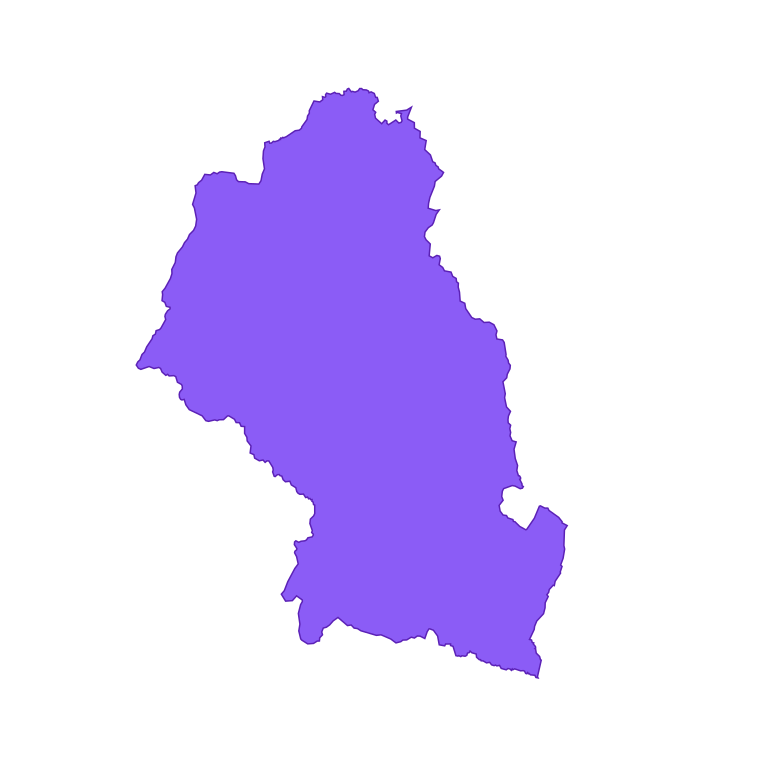 Nopphitam, Nakhon Si Thammarat, Thailand, rotated 20°
{"feature_id": "78962969B39887393521722", "entity_name": "Nopphitam", "entity_type": "district", "adm_level": 2, "iso_a3": "THA", "parent_name": "Thailand", "parent_adm1": "Nakhon Si Thammarat", "projection": "robinson", "projection_center": [99.71, 8.761], "detail": "fine", "context": "isolated", "style": "filled", "palette": "violet", "viewbox_px": 768, "rotation_deg": 20, "n_neighbors": 0, "source": "geoboundaries", "source_scale": "gbopen_adm2", "svg_char_len": 6158}
<svg xmlns="http://www.w3.org/2000/svg" viewBox="0 0 768 768"><g transform="rotate(20 384 384)"><path d="M144.7,450.9L147.8,453.2L150.5,453.4L157.3,447.9L162.6,448.1L166.7,445.5L168.7,445.8L171.4,448.7L176.0,450.5L177.4,448.9L179.3,449.9L183.7,448.0L185.8,448.3L189.3,453.0L193.8,453.7L195.0,454.8L196.2,457.6L194.8,461.5L195.1,463.8L196.4,466.5L198.2,468.0L199.6,468.1L201.5,466.8L204.9,471.3L209.8,474.7L224.0,476.1L229.1,479.4L231.9,479.1L237.3,475.6L239.8,475.5L241.3,474.0L245.4,472.4L247.8,467.6L249.0,467.0L255.6,468.3L258.2,470.8L261.5,469.8L264.2,472.6L267.6,471.7L269.9,478.1L273.4,481.0L274.9,484.3L280.2,487.7L281.8,494.6L285.9,494.9L287.8,497.9L293.1,498.8L296.3,496.8L299.1,498.3L300.3,496.3L302.1,495.7L308.0,500.4L309.3,502.7L309.4,504.7L312.4,508.3L313.4,508.2L314.8,505.7L316.6,504.9L317.6,505.7L319.5,505.5L321.9,508.4L324.8,509.6L328.8,507.6L331.4,510.5L336.6,511.6L338.8,514.9L340.7,516.1L342.7,516.4L346.0,515.0L349.2,517.5L350.9,516.4L352.4,517.7L353.6,516.9L354.7,517.8L355.9,517.2L356.4,518.9L357.8,519.2L359.0,521.4L360.3,521.5L363.2,529.4L363.0,532.0L361.0,536.2L362.1,540.5L366.8,546.3L366.8,548.3L369.0,549.4L369.2,550.5L368.7,552.3L365.1,554.5L364.5,557.0L363.3,558.4L359.7,560.2L358.1,561.9L354.8,561.5L354.0,563.0L354.7,565.6L358.4,568.4L358.6,569.7L357.5,571.6L357.7,573.2L360.9,576.1L364.9,582.4L363.3,587.8L361.2,602.6L361.0,612.3L359.4,616.6L365.8,621.7L372.0,618.9L374.3,613.0L381.1,614.9L381.7,616.4L381.1,619.8L382.0,628.9L387.1,638.4L388.4,645.2L392.9,652.0L394.3,652.8L401.2,654.3L406.5,651.9L409.2,648.4L411.2,647.6L410.4,644.4L412.0,640.7L410.3,638.3L410.4,634.1L413.1,632.2L415.3,629.0L417.3,623.9L420.6,619.1L432.3,623.5L435.6,621.7L439.4,623.6L442.7,622.9L446.7,623.8L462.8,622.8L467.0,620.7L477.5,621.3L483.8,623.2L487.9,620.4L489.3,618.2L492.9,616.7L496.2,612.6L499.5,612.3L501.5,609.4L504.2,608.6L509.4,609.2L509.3,601.9L510.0,598.8L510.7,598.4L514.7,598.5L520.6,602.5L525.1,610.2L530.6,609.3L530.8,607.3L535.5,605.5L536.0,607.0L538.6,606.9L544.5,614.7L546.6,614.4L547.1,613.7L549.4,613.9L550.2,612.7L553.3,612.1L554.6,610.7L554.5,608.3L556.0,607.2L556.2,605.6L558.5,606.5L563.0,606.2L564.4,609.1L567.9,610.5L569.0,610.0L569.9,610.9L571.9,610.3L575.7,611.0L578.5,609.4L581.1,611.1L583.8,611.0L584.9,610.0L586.5,610.3L588.8,608.9L591.4,611.2L596.6,610.8L597.8,609.0L599.8,608.7L601.6,609.5L601.9,607.9L602.8,608.5L604.2,607.0L610.5,606.8L612.9,605.7L614.3,605.8L616.1,607.5L617.0,607.5L617.7,606.0L618.7,607.0L619.3,606.4L621.1,607.2L625.4,606.1L627.1,607.8L629.3,607.5L628.3,606.5L626.2,589.7L625.3,589.5L623.4,586.8L619.1,584.8L617.0,581.0L616.4,581.0L616.8,580.2L616.1,578.9L613.2,577.2L613.3,576.1L611.6,576.1L610.2,574.1L608.1,574.3L609.1,563.3L608.4,560.3L608.6,554.5L612.5,545.3L611.9,539.3L610.3,534.4L611.0,527.5L609.1,526.3L610.0,523.5L609.6,520.5L611.8,515.2L613.0,515.2L612.3,510.8L614.6,501.3L613.9,500.4L613.7,494.5L611.9,493.7L611.9,486.5L610.2,477.3L608.3,474.3L603.5,459.5L604.6,454.4L598.8,453.6L598.5,452.5L593.8,449.6L582.3,446.4L580.4,444.6L577.6,445.6L572.7,445.0L571.8,445.7L571.2,458.7L567.8,471.9L567.1,472.5L560.2,471.4L554.1,468.6L552.6,468.9L551.5,467.3L546.1,467.5L544.1,465.7L540.7,466.4L536.6,463.7L533.7,458.7L535.7,452.5L533.1,449.5L531.9,444.3L532.2,441.4L539.2,435.6L542.1,435.1L547.8,435.8L549.7,434.5L550.0,432.7L548.6,432.4L547.8,430.6L544.1,427.1L544.8,426.4L544.3,425.2L542.8,424.0L541.7,424.2L538.4,419.9L537.4,414.9L532.8,409.1L528.5,400.8L528.0,393.2L523.8,393.5L520.1,389.6L519.6,386.2L517.5,383.0L517.1,379.4L514.0,378.0L512.7,375.1L511.9,371.6L512.2,366.4L507.0,363.7L502.0,355.6L501.3,351.7L495.0,341.2L497.2,336.2L496.5,332.7L497.2,326.7L496.3,323.2L493.9,321.7L492.5,319.2L489.0,316.3L488.6,314.5L482.7,303.8L480.3,302.0L474.7,303.1L472.4,299.5L472.0,295.5L467.0,290.7L461.8,289.9L456.9,292.0L451.7,290.0L447.6,291.9L443.7,291.5L435.0,285.2L432.3,280.5L427.2,280.0L423.5,271.8L420.6,267.6L419.4,263.8L417.2,263.1L415.7,260.1L411.8,259.4L408.7,255.9L402.1,257.0L399.3,254.4L395.0,253.1L394.0,246.9L392.5,244.9L389.7,245.1L386.7,248.7L382.6,248.1L379.6,236.6L374.2,234.1L371.6,231.7L370.6,227.2L372.2,221.9L374.9,218.1L375.3,215.5L375.0,206.7L376.4,201.5L373.4,203.3L365.4,203.7L364.1,199.0L363.3,192.9L363.7,180.9L362.8,176.2L367.0,168.9L367.6,164.8L361.8,163.1L360.5,161.4L358.1,160.9L356.3,158.7L353.8,158.5L349.3,152.9L342.1,149.8L340.4,140.8L333.6,140.4L331.6,134.3L325.1,133.2L323.1,128.0L315.6,127.0L314.9,125.0L315.1,114.5L311.6,118.9L302.3,123.7L303.0,125.1L303.7,124.3L307.9,123.9L308.1,126.4L310.9,130.5L310.6,132.3L308.7,133.7L304.8,131.9L299.6,138.8L297.6,138.1L296.8,136.0L294.7,135.6L292.8,140.2L285.1,137.1L283.0,133.8L283.3,131.5L279.8,130.1L279.5,124.5L282.0,120.2L279.6,117.0L278.1,117.5L275.5,114.3L272.0,113.9L270.3,115.4L269.3,114.0L266.9,113.7L263.5,114.7L261.9,114.0L260.1,114.7L259.4,117.3L257.0,119.6L254.3,119.8L253.3,120.6L249.8,118.3L248.7,119.3L248.4,121.7L246.2,122.7L247.5,125.8L246.2,127.1L244.8,127.4L242.6,126.4L239.4,127.4L237.9,126.8L234.6,130.0L230.6,130.3L230.1,132.1L231.0,133.9L230.3,134.9L227.9,135.0L229.2,137.8L227.2,140.9L221.4,142.0L220.3,152.7L221.2,155.1L220.5,158.3L221.2,161.8L218.8,170.4L219.0,171.9L217.6,174.4L213.9,176.4L207.6,185.0L205.5,187.0L204.6,186.8L203.9,188.0L202.9,188.1L203.1,189.6L202.1,189.7L201.8,191.1L198.6,193.6L197.0,193.8L195.8,196.1L194.3,196.8L193.0,195.2L189.4,198.1L191.1,202.0L191.0,206.2L193.2,213.7L198.1,222.7L197.8,228.4L198.9,235.0L198.0,238.9L188.4,242.0L184.5,241.5L178.0,243.6L175.6,242.5L173.2,239.1L170.9,237.3L159.0,240.0L157.0,241.1L155.3,243.5L151.7,243.4L149.4,246.9L143.9,248.3L142.9,254.9L140.9,258.2L140.4,260.7L138.7,262.3L142.0,268.8L142.7,280.7L145.6,283.4L151.6,293.3L153.0,300.0L152.5,304.8L150.1,310.0L149.8,315.1L148.2,319.4L147.7,324.1L145.1,331.5L145.0,335.6L146.3,341.2L145.4,348.9L147.0,352.8L147.2,358.0L145.5,368.9L144.0,373.1L145.4,375.7L146.9,381.6L150.1,382.2L152.9,385.5L156.7,385.1L157.3,386.5L155.6,389.2L154.7,393.3L155.0,395.4L156.8,398.1L155.3,407.6L154.5,409.6L151.6,411.8L152.1,415.3L150.3,417.7L150.6,420.8L148.3,430.2L148.0,435.9L146.5,439.0L146.4,444.8L145.1,447.4L144.7,450.9Z" fill="#8b5cf6" stroke="#5b21b6" stroke-width="1.5"/></g></svg>